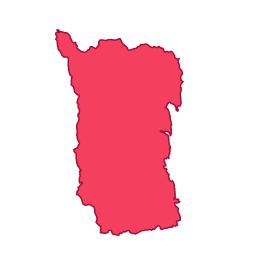 Falam, Chin, Myanmar (Albers equal-area conic projection), rotated 353°
{"feature_id": "60261553B58296948192675", "entity_name": "Falam", "entity_type": "district", "adm_level": 2, "iso_a3": "MMR", "parent_name": "Myanmar", "parent_adm1": "Chin", "projection": "albers", "projection_center": [93.718, 23.446], "detail": "fine", "context": "isolated", "style": "filled", "palette": "rose", "viewbox_px": 256, "rotation_deg": 353, "n_neighbors": 0, "source": "geoboundaries", "source_scale": "gbopen_adm2", "svg_char_len": 5798}
<svg xmlns="http://www.w3.org/2000/svg" viewBox="0 0 256 256"><g transform="rotate(353 128 128)"><path d="M187.1,65.5L185.7,65.8L183.6,64.6L183.1,63.6L183.1,62.2L182.7,60.9L181.7,59.6L181.5,58.3L180.5,57.3L179.6,57.3L178.4,57.8L177.1,57.4L176.0,56.6L173.9,57.2L172.7,55.2L172.5,53.4L170.1,52.3L169.1,51.2L168.4,50.8L166.8,51.7L165.6,51.4L164.7,50.7L163.6,50.3L162.8,51.1L161.4,50.9L159.9,50.0L157.7,47.7L156.1,46.9L151.8,47.0L150.7,46.7L150.2,47.7L148.9,48.4L147.6,48.5L145.8,49.9L142.1,50.3L139.9,51.0L138.4,50.8L137.3,50.0L137.1,48.5L136.3,47.2L134.6,45.2L133.4,44.4L132.2,41.7L131.1,38.5L130.1,38.3L128.3,38.9L126.1,39.2L125.1,39.1L122.1,38.2L120.5,38.0L119.1,38.0L117.6,38.4L116.0,38.3L113.2,37.5L111.3,37.3L110.5,37.5L109.3,39.6L109.2,40.9L108.9,42.3L108.2,43.1L107.5,43.5L106.7,44.6L105.9,45.1L104.9,44.9L102.1,42.8L100.7,42.7L100.0,43.8L99.4,45.3L98.9,45.5L98.0,45.5L95.9,47.4L93.7,47.5L92.9,47.0L91.6,46.7L90.5,46.0L87.9,43.6L86.9,42.3L87.0,41.7L87.5,40.9L87.5,40.0L86.2,38.3L86.5,36.9L86.2,36.6L84.4,36.8L83.3,35.9L81.9,31.7L81.5,29.2L79.5,26.6L78.2,25.9L76.8,25.8L75.4,25.0L73.7,24.4L72.4,24.1L71.7,23.5L71.1,22.4L70.2,22.0L69.5,22.1L69.9,22.9L71.4,24.2L71.3,24.7L69.0,24.3L68.3,24.7L67.9,25.3L67.7,26.1L67.9,26.9L68.5,27.9L68.8,29.1L68.1,29.9L67.3,30.5L67.3,31.4L68.2,32.4L68.4,33.2L68.2,34.3L68.1,37.6L68.4,39.2L68.3,41.3L68.6,42.0L69.6,43.0L71.0,46.3L71.3,47.7L72.2,48.7L72.9,49.8L74.3,50.0L75.8,49.9L76.7,50.4L77.1,51.8L77.1,52.9L76.2,59.3L76.4,60.3L76.2,63.2L76.9,68.4L78.0,69.3L78.6,70.1L77.5,74.0L77.5,75.7L77.0,77.3L76.9,78.3L78.4,79.7L78.8,80.8L79.3,82.6L79.3,85.5L80.1,86.8L82.0,88.9L83.2,89.3L83.5,90.0L83.3,90.8L81.7,93.3L80.5,96.6L81.7,98.5L81.3,99.1L81.0,101.0L81.3,102.3L82.1,104.1L81.5,106.3L81.4,107.7L80.3,108.0L80.0,108.7L80.1,109.7L79.7,109.9L80.7,113.2L79.0,116.5L77.9,117.8L77.3,119.1L77.1,122.7L77.5,123.8L76.9,125.7L77.2,127.0L76.6,127.6L76.2,128.4L76.5,130.3L76.4,132.2L77.0,134.6L78.0,137.2L77.8,137.8L77.1,138.6L76.3,139.9L76.2,140.5L75.6,141.2L74.4,141.9L72.5,142.3L71.6,143.0L71.6,144.2L72.0,145.2L72.9,146.5L73.3,147.3L73.2,149.6L72.8,152.3L73.0,153.3L72.9,156.7L73.3,157.5L73.4,159.2L74.0,159.4L75.1,162.2L75.1,162.8L76.3,164.5L76.3,164.8L75.1,164.9L74.6,165.5L74.8,167.6L74.4,168.3L74.9,169.5L73.8,171.4L73.2,174.4L73.3,176.3L73.6,176.8L74.1,176.8L75.1,176.3L75.9,176.4L75.7,177.6L74.6,178.5L73.7,178.9L72.0,180.7L71.2,180.8L71.5,182.1L71.1,183.5L70.4,184.6L69.7,184.8L68.9,187.9L70.2,188.1L70.7,188.4L71.5,189.8L71.9,190.1L72.8,191.9L73.6,194.1L73.5,195.5L73.8,197.0L74.4,198.3L75.9,199.3L76.9,199.5L80.0,199.2L81.4,199.6L82.4,200.7L84.0,201.7L84.7,202.4L84.7,203.2L85.1,204.4L84.8,205.5L85.0,206.4L84.7,207.5L84.9,208.8L86.0,211.7L86.1,213.3L86.5,214.0L86.0,215.0L85.8,216.0L85.1,216.8L84.9,217.9L87.1,220.8L88.0,221.8L88.8,222.1L89.0,222.5L88.7,223.3L88.9,224.7L88.1,226.0L88.3,226.8L88.2,227.5L87.8,228.0L87.8,228.5L92.4,229.7L95.3,229.3L95.8,227.8L96.5,227.4L97.6,227.3L98.6,227.6L99.0,228.4L99.7,231.1L100.2,231.2L100.5,231.5L101.4,232.0L102.5,232.1L102.7,232.3L105.8,233.3L106.3,232.1L107.1,231.4L108.8,231.6L109.5,231.3L111.2,230.1L111.5,230.5L112.1,230.8L113.2,230.6L114.9,229.9L116.3,229.9L116.7,230.3L117.2,231.6L117.6,232.2L118.8,232.8L122.4,234.0L123.6,233.7L129.0,231.6L131.0,231.7L132.9,231.3L135.0,231.7L136.6,231.3L137.4,231.7L138.3,231.7L139.1,232.3L140.6,231.4L142.0,231.7L145.0,229.0L146.5,228.8L147.2,229.3L147.9,230.3L148.0,232.1L149.0,232.8L152.0,232.1L153.8,232.0L154.9,232.2L157.1,231.4L158.3,231.7L160.3,231.7L160.3,231.1L160.2,230.6L160.3,230.4L160.6,230.2L163.3,231.2L164.1,230.7L165.4,230.4L164.7,226.9L164.9,226.4L166.4,226.4L168.4,226.0L169.1,223.3L168.4,220.1L168.1,219.4L168.0,218.1L167.0,216.8L168.2,214.9L168.2,214.1L166.9,212.2L165.7,211.7L165.8,211.0L165.3,210.0L165.0,208.2L165.7,207.9L166.9,208.0L167.5,208.5L170.0,207.9L170.3,207.4L169.2,206.6L169.1,205.8L169.5,205.1L169.0,204.6L167.4,204.7L166.7,204.2L165.0,204.1L164.9,203.6L165.4,203.1L166.6,202.4L166.3,200.3L166.8,199.8L166.5,198.4L166.8,197.6L166.8,196.3L167.0,194.2L166.7,191.9L167.0,191.2L167.1,190.4L166.8,188.8L166.4,188.0L166.1,186.8L165.5,185.8L165.0,186.2L164.4,186.2L163.1,185.2L162.6,183.7L162.7,182.7L162.3,180.6L163.0,179.5L163.0,178.9L162.2,178.5L161.7,176.9L160.8,176.1L160.7,175.1L161.5,173.7L161.1,172.8L160.4,172.7L159.6,172.9L159.1,172.6L158.5,170.8L158.9,170.5L160.7,170.1L161.0,169.8L160.8,168.3L160.4,167.5L160.4,166.4L159.9,165.2L159.7,164.3L160.1,163.5L160.7,163.1L162.2,163.2L162.9,162.3L163.5,162.0L164.8,163.1L165.0,162.9L164.9,161.3L165.2,160.3L165.2,159.2L165.7,158.8L166.3,158.7L166.4,156.9L166.9,156.1L167.1,155.0L166.5,153.9L166.6,153.5L167.9,153.0L167.0,149.5L166.9,147.3L167.2,143.4L166.9,140.0L164.9,138.8L163.6,137.3L162.4,136.9L162.0,136.5L159.7,135.3L160.0,135.0L161.4,135.2L163.6,136.3L164.3,136.3L164.6,135.9L165.2,135.9L166.9,136.3L167.0,136.5L167.8,137.0L168.9,139.0L169.2,139.0L169.3,139.6L168.9,140.7L169.4,140.8L169.9,139.8L169.9,139.1L170.0,139.1L170.1,138.6L170.7,137.8L170.2,136.8L170.2,136.1L170.9,134.8L170.5,133.4L170.9,131.3L171.7,130.2L171.3,125.9L170.7,122.9L171.3,122.3L170.3,115.3L168.7,112.7L167.7,112.3L168.7,111.5L170.2,108.8L171.3,107.9L172.2,107.5L172.9,107.8L173.8,108.9L174.8,109.2L176.5,110.4L177.5,111.7L177.9,112.9L178.1,114.2L178.0,115.8L178.5,116.8L179.5,117.2L180.0,116.6L180.0,115.7L179.3,113.9L179.3,113.0L180.2,112.3L181.1,112.2L181.1,112.4L182.2,112.5L182.7,112.3L183.3,110.5L183.7,110.1L183.9,108.7L183.7,107.1L184.0,105.0L183.9,103.5L184.1,102.7L183.8,101.1L184.2,99.7L185.1,98.1L185.4,95.8L185.7,94.9L185.3,93.9L185.1,92.7L185.7,91.3L188.3,88.6L187.1,87.8L186.4,86.5L186.6,85.5L186.4,83.8L186.9,82.7L188.7,80.9L188.7,79.5L188.1,77.3L186.4,75.2L186.4,73.9L186.7,71.9L186.5,70.8L185.9,69.4L185.9,68.2L186.4,66.7L187.1,65.5Z" fill="#f43f5e" stroke="#9f1239" stroke-width="1.5"/></g></svg>